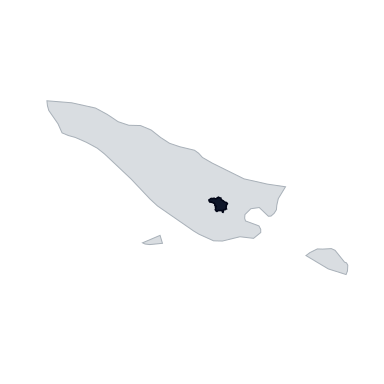 location of Atsabe, Ermera, East Timor, rotated 226°
{"feature_id": "22284137B3640160656935", "entity_name": "Atsabe", "entity_type": "district", "adm_level": 2, "iso_a3": "TLS", "parent_name": "East Timor", "parent_adm1": "Ermera", "projection": "orthographic", "projection_center": [125.398, -8.932], "detail": "fine", "context": "in_parent", "style": "filled", "palette": "ink", "viewbox_px": 384, "rotation_deg": 226, "n_neighbors": 0, "source": "geoboundaries", "source_scale": "gbopen_adm2", "svg_char_len": 4302}
<svg xmlns="http://www.w3.org/2000/svg" viewBox="0 0 384 384"><g transform="rotate(226 192 192)"><path d="M130.8,262.9L127.3,249.5L123.5,243.7L120.6,240.4L119.6,236.3L119.8,232.1L121.5,230.1L134.1,229.6L139.1,222.7L139.0,214.4L136.5,211.6L134.0,210.4L121.1,216.6L117.4,215.5L115.1,213.3L115.9,204.1L126.5,195.4L135.6,179.8L141.9,173.6L156.8,167.7L162.8,166.1L205.9,157.5L216.2,156.9L243.6,157.2L280.2,155.5L289.3,154.3L301.0,150.6L312.4,145.9L318.5,142.3L324.8,139.6L334.2,143.0L350.1,145.6L354.4,147.9L358.4,151.0L339.8,167.4L319.4,180.9L306.8,184.9L293.9,187.7L283.9,192.9L275.6,201.1L264.9,205.7L252.9,207.3L242.6,209.7L233.3,214.5L220.3,222.8L215.1,223.7L209.6,223.5L198.8,226.6L165.4,238.5L145.3,251.7L130.8,262.9ZM25.6,245.5L42.0,236.6L67.1,229.8L66.5,234.8L64.0,242.6L60.2,246.3L54.5,252.9L50.7,254.4L35.6,253.0L33.7,253.9L31.1,253.2L27.2,249.0L25.6,245.5ZM189.8,121.1L183.0,138.9L175.6,135.1L183.5,125.1L187.2,122.1L189.8,121.1Z" fill="#d9dde1" stroke="#a8b0b8" stroke-width="1"/><path d="M173.0,201.9L173.3,201.7L173.5,201.5L173.8,201.4L174.0,201.4L174.0,201.1L174.2,200.9L174.3,200.8L174.3,200.6L174.3,200.4L174.2,200.4L174.1,200.2L174.2,199.8L174.1,199.6L174.1,199.3L174.3,199.2L174.5,199.1L174.6,198.9L174.3,198.7L174.2,198.6L174.1,198.3L173.9,198.3L173.8,198.1L173.6,198.1L173.2,198.0L172.9,197.9L172.7,197.9L172.4,197.8L172.2,198.0L171.9,198.2L171.8,198.3L171.7,198.4L171.7,198.5L171.6,198.8L171.4,198.8L171.2,198.8L171.0,199.0L170.9,199.1L170.7,199.1L170.6,199.3L170.4,199.3L170.1,199.4L169.9,199.6L169.7,199.6L169.3,199.7L169.1,199.7L168.9,199.8L168.9,200.0L168.7,200.2L168.3,200.2L167.6,200.2L167.1,199.6L166.7,199.3L166.7,199.2L166.4,199.1L165.5,199.5L165.2,199.5L164.9,199.5L164.8,199.4L165.1,198.5L165.0,198.4L164.9,198.4L164.7,198.2L164.2,198.1L163.9,197.8L163.8,197.7L163.7,197.5L163.6,197.4L163.4,197.2L163.4,196.9L163.4,196.7L163.1,196.5L162.8,196.3L162.6,196.3L162.4,196.4L162.2,196.4L161.9,196.3L161.9,196.5L161.7,196.5L161.4,196.5L161.3,196.4L161.2,196.3L161.0,196.5L160.9,196.5L161.0,196.8L161.1,197.0L160.9,197.2L160.4,197.3L160.4,197.6L160.3,198.2L160.2,198.4L160.2,198.5L159.7,198.7L159.7,198.8L159.3,199.1L159.1,199.3L159.0,199.6L158.9,199.6L158.7,199.7L158.6,200.0L158.1,200.2L157.9,200.5L157.6,200.4L157.4,200.4L157.2,200.3L156.9,200.3L156.4,200.2L156.2,200.1L156.1,199.8L155.8,199.5L155.7,199.4L155.8,199.5L155.8,200.0L155.9,200.3L155.9,200.5L155.9,200.8L156.0,200.9L156.2,201.0L156.4,201.1L156.5,201.2L156.6,201.3L156.8,201.6L156.9,201.8L157.3,202.2L157.3,202.3L157.3,202.5L157.2,202.7L156.9,202.7L156.7,202.9L156.6,203.1L156.4,203.5L156.2,203.7L156.2,203.9L156.2,204.0L156.0,204.3L156.0,204.5L156.4,204.3L156.5,204.4L156.6,204.5L156.6,204.8L156.8,204.8L156.8,205.0L156.7,205.2L156.5,205.3L156.8,205.4L157.0,205.3L157.2,205.5L157.2,205.8L157.3,205.9L157.2,206.0L157.3,206.2L157.5,206.4L157.7,206.5L157.9,206.6L158.0,206.7L158.1,206.8L158.3,206.9L158.3,207.0L158.5,207.2L158.4,207.3L158.5,207.4L158.5,207.5L158.6,207.8L158.7,208.1L158.8,208.1L158.9,208.3L158.9,208.6L158.9,208.8L158.8,209.0L158.9,209.3L159.0,209.3L159.1,209.2L159.2,209.3L159.3,209.3L159.4,209.5L159.5,209.5L159.9,209.5L160.0,209.5L160.3,209.5L160.4,209.3L160.5,209.3L160.8,209.3L160.9,209.2L161.0,209.2L161.3,209.0L161.4,208.9L161.5,208.8L161.7,208.7L161.8,208.7L162.0,208.6L162.3,208.4L162.4,208.5L162.5,208.5L162.8,208.5L163.0,208.5L163.1,208.4L163.3,208.3L163.6,208.3L163.8,208.3L163.9,208.2L164.0,208.3L164.1,208.2L164.3,208.2L164.5,208.2L164.9,208.1L165.1,208.0L165.2,207.9L165.5,207.9L165.9,207.7L166.0,207.8L166.1,207.7L166.2,207.8L166.4,207.8L166.5,207.8L166.7,208.0L166.8,208.0L167.0,208.1L167.1,208.3L167.4,208.4L167.5,208.4L167.6,208.5L167.7,208.4L167.8,208.4L168.0,208.3L168.1,208.2L168.3,208.1L168.5,208.0L168.7,207.9L168.8,207.9L169.0,207.8L169.1,207.7L169.3,207.6L169.5,207.5L169.8,207.5L169.8,207.4L169.8,207.0L169.8,206.9L170.0,206.9L170.2,206.7L170.3,206.5L170.4,206.3L170.4,206.2L170.2,205.9L170.1,205.7L170.0,205.4L170.0,205.2L170.3,205.0L170.3,204.9L170.4,204.7L170.5,204.6L170.6,204.4L170.7,204.2L170.8,204.2L171.0,204.1L171.1,203.9L171.4,203.8L171.5,203.7L171.8,203.7L172.0,203.7L172.1,203.4L172.3,203.3L172.4,203.0L172.6,203.0L172.7,202.9L172.8,202.8L172.9,202.7L172.8,202.4L172.8,202.2L173.0,201.9L173.0,201.9Z" fill="#0f172a" stroke="#020617" stroke-width="1.5"/></g></svg>